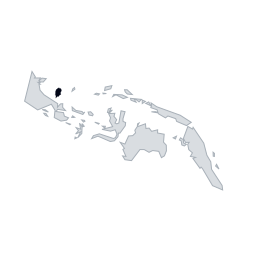 location of Kepulauan Aru, Maluku, Indonesia, rotated 194°
{"feature_id": "22746128B17511076551422", "entity_name": "Kepulauan Aru", "entity_type": "district", "adm_level": 2, "iso_a3": "IDN", "parent_name": "Indonesia", "parent_adm1": "Maluku", "projection": "mercator", "projection_center": [134.564, -6.213], "detail": "fine", "context": "in_parent", "style": "filled", "palette": "ink", "viewbox_px": 256, "rotation_deg": 194, "n_neighbors": 0, "source": "geoboundaries", "source_scale": "gbopen_adm2", "svg_char_len": 7732}
<svg xmlns="http://www.w3.org/2000/svg" viewBox="0 0 256 256"><g transform="rotate(194 128 128)"><path d="M88.4,107.3L92.5,112.8L98.6,112.1L101.7,109.5L107.1,111.0L111.2,110.0L116.7,97.2L123.3,96.5L126.5,99.6L123.1,99.9L127.8,106.0L126.5,107.3L132.1,112.2L127.1,111.7L125.5,120.4L121.6,121.7L119.5,125.1L120.8,127.5L119.4,131.4L112.1,136.3L110.5,131.9L107.5,133.0L104.3,130.5L98.8,133.4L98.1,130.3L91.4,130.7L90.1,122.8L86.7,120.6L85.2,115.1L85.9,109.8L88.4,107.3ZM21.2,90.8L32.0,92.5L45.9,106.6L47.6,107.7L48.4,106.3L57.6,114.1L55.4,115.8L60.6,115.5L59.5,119.5L63.8,121.7L66.1,126.6L65.2,128.9L68.7,127.9L71.7,131.3L70.3,144.0L65.1,142.6L65.0,144.4L50.8,131.6L44.9,120.7L39.5,115.2L36.9,108.1L22.8,95.0L21.2,90.8ZM234.8,129.0L234.8,159.6L230.3,155.2L230.8,153.9L225.1,155.4L226.0,152.3L224.4,150.8L225.0,150.5L225.9,150.6L226.4,150.5L223.7,149.3L224.9,148.9L222.5,143.4L217.5,139.9L202.1,134.6L201.5,131.1L199.4,135.0L197.2,135.8L196.4,132.2L192.8,129.8L200.8,129.1L201.9,126.6L194.3,127.3L192.6,124.1L188.2,123.5L189.4,120.8L194.7,118.5L202.1,120.3L203.1,127.6L208.1,132.5L220.0,123.7L234.8,129.0ZM159.7,112.2L154.4,115.4L139.6,114.3L137.8,115.6L137.2,119.4L140.0,123.2L144.2,120.7L152.9,120.4L143.2,125.6L147.6,130.4L147.4,133.7L150.3,137.3L144.3,139.1L144.4,135.9L141.0,133.3L141.8,129.7L139.9,129.3L138.1,130.6L138.9,143.0L134.8,143.1L135.1,135.7L134.4,133.2L131.6,132.7L131.2,129.5L134.6,121.0L136.1,120.8L135.6,117.2L138.1,112.3L141.9,110.6L155.2,112.8L160.7,108.9L159.7,112.2ZM71.8,144.5L82.4,146.2L84.0,148.6L92.2,149.3L94.1,146.9L102.0,149.2L104.2,152.7L110.8,153.3L110.7,156.2L111.6,157.9L105.4,155.6L80.4,153.0L68.0,148.8L71.8,144.5ZM173.0,112.8L177.4,109.5L175.4,113.4L178.4,115.8L173.7,115.4L176.2,121.0L172.8,117.9L171.5,111.5L174.4,106.5L173.0,112.8ZM175.1,130.2L186.2,131.4L187.3,134.8L182.8,132.4L176.6,132.9L174.8,131.6L173.8,133.1L175.1,130.2ZM149.9,157.2L141.7,158.7L136.0,157.6L139.7,155.4L147.7,157.3L150.5,154.8L149.9,157.2ZM126.4,155.0L131.8,155.7L132.8,157.4L121.9,159.0L123.6,156.0L127.4,157.7L128.6,157.1L126.4,155.0ZM159.8,158.7L160.0,162.2L153.9,165.2L154.2,161.9L159.8,158.7ZM71.7,124.6L73.2,128.3L75.3,128.8L74.6,131.2L71.5,130.0L70.5,127.0L67.4,126.3L69.0,124.2L71.7,124.6ZM223.4,155.6L219.3,156.1L221.3,152.2L224.5,151.4L225.5,152.9L223.4,155.6ZM136.9,160.8L139.5,162.4L140.6,164.3L138.1,164.9L132.0,161.5L136.9,160.8ZM168.9,131.2L170.6,133.8L168.1,134.7L165.1,132.8L165.3,131.3L168.9,131.2ZM111.0,155.1L116.8,156.2L114.2,158.3L111.0,155.1ZM120.1,155.2L120.9,158.5L117.5,158.0L120.1,155.2ZM81.8,129.4L79.0,131.8L79.3,128.8L81.8,129.4ZM204.9,142.2L205.6,146.3L204.3,146.4L203.2,143.5L204.9,142.2ZM109.2,149.4L104.8,150.6L102.9,149.9L109.2,149.4ZM151.7,138.1L151.7,141.7L149.2,143.3L150.2,138.4L151.7,138.1ZM29.8,110.2L33.8,112.3L33.3,114.2L29.8,110.2ZM39.6,125.1L38.0,124.3L37.3,121.3L38.5,121.3L39.6,125.1ZM189.7,154.3L188.9,152.8L191.2,150.1L191.1,152.5L189.7,154.3ZM185.2,117.1L189.8,118.2L184.7,117.8L185.2,117.1ZM157.5,124.6L161.7,125.6L157.1,125.5L157.5,124.6ZM149.7,139.9L147.5,141.7L149.5,138.4L149.7,139.9ZM208.7,119.9L211.1,120.2L213.3,121.9L211.2,122.3L208.7,119.9ZM168.6,152.7L167.1,154.1L163.9,154.2L164.8,152.7L168.6,152.7ZM204.7,147.0L203.7,148.9L202.7,148.8L202.8,145.8L204.7,147.0ZM174.9,124.6L172.2,124.9L171.4,124.2L172.6,123.0L174.9,124.6ZM209.1,124.2L212.5,124.5L215.7,125.2L212.6,125.7L209.1,124.2ZM150.4,122.3L153.3,123.6L150.4,124.2L150.4,122.3ZM177.1,106.4L175.2,106.1L177.0,104.7L177.1,106.4ZM157.3,156.2L160.4,155.1L160.8,155.8L157.3,156.2ZM185.2,124.7L184.7,126.4L182.3,125.5L183.5,125.0L185.2,124.7ZM119.7,134.4L118.5,135.5L119.4,132.0L119.7,134.4ZM172.2,118.3L173.7,120.6L173.1,120.9L170.9,119.1L172.2,118.3Z" fill="#d9dde1" stroke="#a8b0b8" stroke-width="1"/><path d="M202.8,145.6L202.7,145.8L203.0,146.0L202.7,145.8L202.9,146.3L203.0,146.3L202.8,146.7L203.0,146.6L202.9,146.6L202.8,146.8L202.9,147.1L203.2,146.9L203.1,147.0L203.3,147.0L203.3,147.7L203.4,147.8L203.5,147.9L203.6,148.0L203.4,147.9L203.3,147.7L203.2,147.3L203.2,147.2L202.9,147.4L203.1,147.1L202.9,147.1L202.5,148.5L202.7,148.9L203.1,148.8L202.9,149.0L203.2,149.3L204.0,148.7L203.9,148.7L203.9,148.8L203.8,148.7L204.4,148.1L204.1,148.0L204.3,147.9L204.4,148.1L204.7,147.6L204.4,147.5L204.6,147.3L204.5,147.2L204.4,147.0L204.1,146.7L204.0,146.8L203.9,146.7L203.7,146.8L203.8,146.7L203.6,146.6L203.6,146.4L202.8,145.6ZM204.9,144.8L204.7,144.5L204.3,145.0L204.2,145.0L204.3,145.2L203.7,145.0L203.5,145.4L203.6,145.5L203.8,145.9L204.0,145.9L204.1,146.1L204.4,146.1L204.7,146.4L204.8,146.2L204.8,146.5L205.1,146.6L205.6,146.3L205.8,145.6L205.5,145.8L205.4,145.8L205.9,145.3L205.6,145.0L205.4,145.1L205.6,145.0L205.3,144.7L205.2,145.0L205.3,144.6L204.9,144.8ZM204.3,143.9L204.0,143.9L203.6,144.4L203.8,144.6L203.6,145.0L204.2,145.0L204.4,144.7L204.7,144.5L205.0,144.5L205.1,144.4L205.6,144.0L205.5,143.9L205.4,143.9L205.5,143.8L205.4,143.8L205.3,143.7L205.2,143.5L204.8,143.2L204.7,143.1L204.7,142.9L204.6,142.7L204.5,142.8L204.3,142.7L203.8,143.6L203.4,143.3L203.2,143.5L203.8,143.7L203.8,143.9L204.3,143.9ZM202.9,144.9L202.8,145.3L202.8,145.5L203.2,145.5L203.0,145.8L203.6,146.2L203.9,146.4L204.0,146.3L204.3,146.1L204.1,146.1L203.8,145.9L203.6,145.6L203.3,145.4L203.5,145.2L202.9,144.9ZM204.9,142.9L204.8,143.2L205.1,143.6L205.3,143.6L205.5,143.6L205.8,143.3L205.7,143.1L205.4,142.9L205.3,143.0L205.3,142.9L205.2,143.0L205.2,142.9L204.9,142.9ZM204.7,142.5L204.6,142.8L205.5,142.8L205.5,142.6L205.0,142.1L204.8,142.3L204.6,142.2L204.5,142.5L204.6,142.4L204.7,142.5L204.7,142.4L204.7,142.5ZM204.3,146.2L203.9,146.4L203.9,146.5L204.0,146.5L204.5,147.0L204.7,146.5L204.3,146.2ZM205.7,147.7L205.4,147.7L205.2,148.2L205.3,148.5L205.7,148.2L205.7,147.7ZM205.0,146.8L204.7,146.5L204.5,147.2L204.6,147.3L204.7,147.2L204.8,147.1L205.0,147.0L205.0,146.8ZM206.3,146.3L206.0,146.7L206.2,147.1L206.5,146.4L206.3,146.2L206.3,146.3L206.3,146.5L206.3,146.4L206.3,146.3ZM205.7,144.2L205.4,144.2L205.3,144.3L205.2,144.5L205.7,144.8L205.5,144.4L205.8,144.4L205.7,144.2ZM205.8,147.4L205.5,147.0L205.2,147.1L205.4,147.5L205.8,147.4ZM205.6,143.7L205.3,143.7L205.6,144.0L205.7,143.7L205.6,143.7ZM203.2,143.7L203.1,144.1L203.4,144.1L203.4,143.8L203.2,143.7ZM204.8,142.1L204.8,141.7L204.6,142.0L204.8,142.1ZM203.8,143.0L203.7,142.8L203.4,143.1L203.8,143.0ZM206.1,147.1L205.8,147.3L205.9,147.5L206.0,147.5L206.1,147.1ZM205.0,147.1L204.8,147.2L204.7,147.1L204.6,147.4L205.0,147.1ZM205.0,147.3L205.2,147.0L204.9,147.3L205.0,147.3L205.0,147.3ZM205.2,144.4L205.0,144.6L205.2,144.4ZM203.4,142.8L203.6,142.5L203.4,142.5L203.4,142.8ZM204.7,148.4L204.5,148.5L204.7,148.4ZM206.0,146.5L206.1,146.3L205.9,146.5L206.0,146.5ZM205.6,146.9L205.8,146.8L205.7,146.6L205.6,146.9ZM204.7,149.9L204.5,150.0L204.7,149.9ZM205.1,149.1L205.3,148.8L205.0,149.0L205.1,149.1ZM203.6,146.5L203.7,146.4L203.6,146.5ZM205.9,147.7L205.8,147.9L206.0,147.8L205.9,147.7ZM204.7,148.5L204.7,148.4L204.6,148.5L204.7,148.5ZM205.1,141.9L204.9,141.9L204.9,142.0L205.1,141.9ZM205.8,146.8L205.9,146.7L205.8,146.8ZM206.0,143.7L205.9,143.6L206.0,143.7ZM204.5,142.3L204.4,142.3L204.5,142.3ZM203.8,146.3L203.7,146.2L203.8,146.4L203.8,146.3ZM205.7,149.0L205.4,148.9L205.5,149.0L205.7,149.0ZM205.6,147.6L205.6,147.4L205.5,147.5L205.6,147.6ZM205.0,147.7L205.1,147.8L205.0,147.7L205.0,147.7ZM206.0,144.0L205.8,144.0L206.0,144.0ZM206.3,145.9L206.2,145.9L206.3,145.9ZM203.8,146.5L203.9,146.4L203.8,146.5ZM203.9,146.6L204.0,146.6L203.9,146.5L203.9,146.6ZM204.5,148.2L204.4,148.1L204.5,148.2ZM205.1,144.6L205.2,144.4L205.1,144.6ZM206.0,144.3L205.9,144.3L206.0,144.3ZM204.7,146.4L204.8,146.3L204.7,146.4ZM205.7,144.0L205.7,143.9L205.7,144.0ZM205.9,143.8L206.0,143.9L205.9,143.8ZM205.8,144.2L205.7,144.2L205.8,144.2L205.8,144.2Z" fill="#0f172a" stroke="#020617" stroke-width="1.5"/></g></svg>